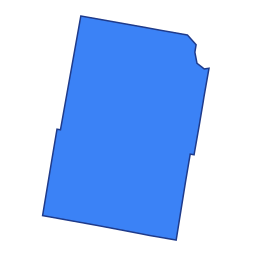 outline of Dane, Wisconsin, United States of America, rotated 100°
{"feature_id": "52423323B17075543389139", "entity_name": "Dane", "entity_type": "district", "adm_level": 2, "iso_a3": "USA", "parent_name": "United States of America", "parent_adm1": "Wisconsin", "projection": "natural_earth1", "projection_center": [-89.414, 43.07], "detail": "fine", "context": "isolated", "style": "filled", "palette": "blue", "viewbox_px": 256, "rotation_deg": 100, "n_neighbors": 0, "source": "geoboundaries", "source_scale": "gbopen_adm2", "svg_char_len": 456}
<svg xmlns="http://www.w3.org/2000/svg" viewBox="0 0 256 256"><g transform="rotate(100 128 128)"><path d="M230.1,88.2L230.0,61.1L171.9,62.0L142.9,62.2L142.9,58.3L113.8,58.3L89.3,58.5L84.5,58.6L55.1,58.6L56.6,63.2L52.3,71.3L41.8,75.3L34.2,75.4L26.1,85.6L26.1,112.8L26.0,126.4L25.9,193.9L141.5,194.2L141.5,197.7L143.0,197.7L170.8,197.5L229.1,196.9L229.2,169.7L229.3,142.3L229.9,97.2L230.1,88.2Z" fill="#3b82f6" stroke="#1e3a8a" stroke-width="1.5"/></g></svg>